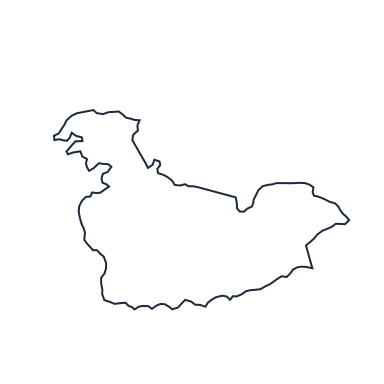 Catanduvas, Santa Catarina, Brazil (Equal Earth projection), rotated 63°
{"feature_id": "56859067B88900604715263", "entity_name": "Catanduvas", "entity_type": "district", "adm_level": 2, "iso_a3": "BRA", "parent_name": "Brazil", "parent_adm1": "Santa Catarina", "projection": "equal_earth", "projection_center": [-51.711, -27.031], "detail": "fine", "context": "isolated", "style": "outline", "palette": "slate", "viewbox_px": 384, "rotation_deg": 63, "n_neighbors": 0, "source": "geoboundaries", "source_scale": "gbopen_adm2", "svg_char_len": 2428}
<svg xmlns="http://www.w3.org/2000/svg" viewBox="0 0 384 384"><g transform="rotate(63 192 192)"><path d="M288.5,64.8L284.3,65.6L279.7,67.5L275.1,68.2L271.5,68.2L267.2,69.6L263.0,74.0L259.6,76.4L256.4,79.0L253.3,81.7L250.7,85.0L247.0,84.6L243.0,81.7L238.9,83.9L235.5,87.1L232.4,92.5L229.6,98.9L226.9,104.0L224.5,108.7L222.5,112.5L221.6,117.2L220.1,121.2L218.9,126.2L220.4,131.9L224.0,136.7L226.9,140.6L229.9,142.7L232.2,145.4L231.9,150.0L233.1,154.6L231.0,158.4L226.9,159.3L222.8,157.3L216.6,155.5L190.0,185.0L187.6,188.1L185.3,192.5L181.9,194.7L180.8,199.7L177.8,204.2L172.6,204.6L167.7,207.0L163.8,209.6L159.8,213.7L155.7,212.5L153.6,208.1L150.0,207.1L146.1,210.9L149.9,214.7L150.6,220.3L145.5,220.3L118.7,221.6L114.4,218.5L112.7,212.3L107.9,210.4L104.3,206.1L101.6,210.6L99.0,213.1L96.0,216.9L91.1,218.7L87.0,220.8L84.6,226.5L83.0,230.1L82.2,235.9L78.5,241.1L74.2,242.7L69.6,258.7L69.4,264.7L71.3,271.5L74.4,275.5L76.6,279.6L79.3,284.1L79.2,289.4L83.3,291.0L84.7,286.4L87.2,283.5L89.6,280.3L88.2,276.4L84.6,272.2L89.3,269.9L93.3,265.4L96.9,266.5L93.9,272.9L96.3,279.1L98.9,285.4L102.1,285.4L102.8,280.0L105.1,273.0L110.7,273.6L114.9,270.6L118.5,273.6L122.5,274.3L126.4,274.1L126.1,268.8L124.1,261.9L126.6,258.5L129.1,254.1L132.9,252.4L135.9,258.0L135.3,263.1L138.6,266.3L143.0,267.6L146.4,264.7L149.5,263.5L150.2,269.0L151.0,274.1L149.4,277.8L147.1,281.2L149.9,284.6L148.2,288.7L149.8,293.9L153.3,298.8L157.9,301.8L163.2,303.4L168.0,304.5L171.6,305.0L175.4,305.0L180.0,305.9L183.0,308.1L186.0,309.7L190.6,308.9L194.9,307.7L199.0,306.6L200.7,303.1L205.1,301.9L209.5,300.0L212.7,300.3L216.7,300.9L221.1,303.4L224.8,306.8L227.3,312.0L232.3,314.5L238.0,316.1L242.3,318.4L248.6,319.2L252.7,315.0L256.5,311.8L258.4,306.6L260.5,301.5L264.7,300.2L267.4,297.7L270.5,296.5L270.0,291.5L271.2,287.6L273.8,282.8L277.9,280.7L277.1,275.6L277.4,270.9L279.8,267.0L284.4,264.2L287.5,262.9L288.6,257.1L286.8,252.3L285.0,247.1L289.2,242.5L293.8,240.4L296.4,235.9L300.3,232.1L297.8,228.1L297.0,223.6L296.6,218.7L298.1,212.1L301.0,208.4L305.3,207.1L303.4,202.9L305.3,199.7L305.7,194.1L304.9,188.9L306.1,184.3L307.9,179.9L309.7,175.1L309.4,170.1L309.5,164.0L308.4,156.9L307.7,150.5L310.7,146.3L309.4,141.9L306.9,137.1L307.0,131.9L308.3,128.2L310.5,124.4L314.6,119.4L291.3,114.7L290.4,109.9L288.9,104.6L286.7,99.4L285.7,93.0L286.2,88.1L286.5,83.4L285.6,78.3L288.0,74.0L290.1,70.3L288.5,64.8Z" fill="none" stroke="#1e293b" stroke-width="2"/></g></svg>